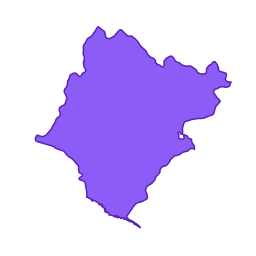 the district of Guayubín, Monte Cristi, Dominican Republic, rotated 196°
{"feature_id": "3306468B33320306044259", "entity_name": "Guayubín", "entity_type": "district", "adm_level": 2, "iso_a3": "DOM", "parent_name": "Dominican Republic", "parent_adm1": "Monte Cristi", "projection": "albers", "projection_center": [-71.302, 19.687], "detail": "fine", "context": "isolated", "style": "filled", "palette": "violet", "viewbox_px": 256, "rotation_deg": 196, "n_neighbors": 0, "source": "geoboundaries", "source_scale": "gbopen_adm2", "svg_char_len": 5511}
<svg xmlns="http://www.w3.org/2000/svg" viewBox="0 0 256 256"><g transform="rotate(196 128 128)"><path d="M62.4,215.6L63.5,215.4L64.4,215.0L64.7,214.5L65.2,213.0L65.6,212.1L67.6,210.2L68.8,206.6L68.8,206.0L68.1,204.0L68.0,203.0L68.2,202.3L68.9,201.6L71.1,200.4L73.7,200.1L76.2,200.4L76.7,200.7L77.8,202.1L78.9,202.9L81.6,203.7L83.1,204.4L84.1,204.7L85.9,204.7L88.7,203.5L91.3,203.3L93.5,203.6L96.4,204.8L100.4,205.1L101.2,205.5L102.4,207.0L103.3,207.8L105.3,208.8L106.2,209.0L107.2,208.7L108.3,207.8L110.0,205.9L110.8,204.6L111.5,202.8L111.7,201.9L110.9,199.2L110.8,197.2L111.3,196.3L112.2,196.1L114.4,197.0L117.3,197.4L118.3,197.7L119.4,198.6L120.5,200.6L121.5,201.5L122.5,201.9L126.1,202.4L129.1,203.9L130.1,204.8L131.0,206.0L131.7,206.7L133.7,207.9L138.6,210.3L142.0,213.4L143.2,214.2L146.2,215.9L149.3,217.2L150.6,217.2L152.7,216.5L153.7,216.5L156.7,217.9L161.1,220.4L162.3,220.4L163.1,219.8L164.0,218.2L166.3,213.2L167.1,212.0L168.7,210.3L170.1,209.1L171.1,208.6L172.2,208.5L173.6,208.8L174.4,209.4L175.0,210.2L175.7,211.8L176.8,213.7L177.5,214.4L179.7,215.1L181.5,216.0L184.7,217.1L185.7,214.6L186.2,212.2L187.1,210.0L187.8,207.2L188.7,205.9L191.1,203.3L191.7,202.3L192.4,198.3L193.3,196.2L193.5,194.7L193.3,193.3L192.4,191.1L191.7,187.2L189.7,184.4L189.2,183.4L189.1,182.2L188.9,179.0L188.7,177.9L187.0,174.5L184.7,172.4L184.5,171.5L184.5,170.8L184.9,169.8L185.3,169.3L186.7,168.2L187.0,167.7L187.5,165.0L188.1,164.3L188.8,164.2L189.3,164.3L192.7,166.1L193.9,166.3L196.0,165.3L198.2,163.0L198.3,158.9L199.0,156.2L198.3,153.8L198.2,151.6L198.5,150.2L199.5,148.0L199.6,146.6L199.4,145.5L199.0,144.8L196.3,141.9L195.4,140.6L195.0,138.7L195.0,135.5L195.2,133.9L195.6,132.9L196.2,132.1L197.9,130.8L199.1,129.0L199.4,127.7L199.1,126.3L197.9,124.5L196.9,123.1L196.7,121.5L197.3,120.2L198.9,118.1L199.4,117.1L199.8,112.4L200.9,109.4L201.4,105.8L204.7,98.9L206.2,97.2L207.8,96.2L209.8,96.0L213.4,96.1L214.3,93.0L214.0,91.9L213.5,90.8L212.7,90.2L211.6,89.9L195.7,89.8L194.0,89.6L191.8,88.6L190.7,88.4L183.7,88.1L182.6,87.7L179.9,85.6L176.9,84.0L173.8,83.2L170.7,81.7L167.7,79.4L165.8,78.4L165.1,77.7L164.6,76.4L164.1,74.4L162.7,71.8L161.9,71.4L159.4,71.0L158.9,70.7L158.7,70.1L158.7,69.5L159.2,68.6L160.7,67.2L161.1,66.3L161.0,65.7L160.6,65.1L159.7,64.9L156.9,64.9L155.8,64.7L155.1,64.4L154.3,63.8L153.8,62.9L149.6,54.3L148.5,50.0L147.7,50.2L146.8,50.0L146.7,49.9L146.2,49.9L146.2,49.7L144.1,49.4L143.8,49.1L143.5,49.1L143.2,49.4L142.8,49.4L142.8,49.1L142.7,49.1L142.8,48.2L142.7,48.1L142.2,48.1L142.1,48.4L141.0,48.7L141.0,48.8L138.7,48.8L138.4,48.4L137.1,48.1L137.1,47.9L137.0,48.1L136.0,48.1L135.8,47.6L135.5,47.4L135.5,47.1L135.2,47.1L134.9,46.7L134.0,46.5L134.0,46.4L133.4,46.4L133.4,46.8L133.2,46.8L133.1,47.3L132.1,47.4L131.8,47.3L131.8,47.1L131.5,47.1L131.1,46.8L131.1,46.2L131.5,46.1L131.5,45.3L130.5,45.3L129.8,44.6L128.9,44.7L128.4,44.1L127.4,44.1L127.1,43.8L127.0,43.0L127.7,43.0L127.7,42.7L127.8,42.7L127.7,42.0L127.2,41.8L126.8,41.2L126.1,40.9L125.2,40.9L125.1,41.2L125.2,41.7L124.9,41.7L124.3,41.1L124.2,41.2L123.4,41.2L122.9,40.8L122.8,40.2L122.2,39.7L122.2,39.4L121.9,39.4L121.9,39.2L121.2,39.2L120.8,39.7L120.2,39.7L119.9,39.7L118.2,39.4L118.1,39.2L118.1,39.4L117.7,39.5L117.4,39.7L117.3,39.4L116.9,39.4L116.8,39.1L115.9,38.9L115.9,39.1L115.6,39.2L115.7,40.3L115.2,40.8L114.7,40.8L114.5,40.6L114.4,39.9L113.8,39.5L113.9,39.4L113.8,38.9L112.9,38.9L112.8,39.1L112.9,39.4L113.4,39.4L113.5,39.7L112.9,40.3L111.9,40.2L111.5,40.0L111.5,39.9L110.8,39.8L110.2,39.2L109.7,39.2L109.4,40.0L109.1,40.0L108.9,40.0L108.2,40.0L107.4,40.3L107.4,40.2L106.9,40.0L107.0,39.7L106.8,39.7L106.6,39.4L105.8,39.4L105.8,39.5L105.5,39.5L103.8,39.7L103.5,39.2L102.2,39.4L102.2,39.2L101.6,39.1L101.7,38.9L101.1,38.9L100.9,39.1L100.4,38.5L99.8,38.5L99.6,38.8L98.9,38.8L97.9,38.9L97.1,38.6L96.6,38.3L96.4,37.9L96.1,37.9L95.5,37.3L93.8,37.3L93.8,37.1L93.5,37.1L92.9,37.0L92.9,36.8L92.5,36.8L92.5,36.7L92.1,36.7L91.2,36.5L91.2,36.3L90.4,36.2L89.6,35.9L89.6,35.7L89.4,35.7L88.4,35.6L89.9,36.6L93.0,38.1L95.4,38.7L97.6,39.6L101.2,40.1L103.4,41.1L104.8,41.5L104.7,43.3L104.4,44.4L103.6,46.2L102.9,49.0L102.0,50.8L101.4,53.6L99.8,57.0L97.9,59.1L95.4,60.4L93.7,61.8L91.0,64.3L90.1,65.7L90.2,66.7L91.2,69.0L93.8,72.4L94.1,73.8L94.1,74.9L93.9,76.4L93.4,77.4L89.9,81.3L88.2,84.7L87.6,89.0L85.2,93.9L85.2,94.9L85.7,96.6L85.7,97.2L84.8,99.5L83.7,100.8L81.7,101.9L80.5,103.1L79.0,106.2L78.3,109.3L76.6,112.7L74.6,114.7L72.7,115.6L71.6,116.4L70.4,117.6L68.9,119.7L64.1,122.4L63.2,124.3L62.0,125.5L60.7,126.0L58.3,125.9L59.2,128.7L60.8,130.3L62.0,131.2L62.6,131.9L63.1,132.7L63.6,134.2L63.9,134.6L64.7,134.9L66.1,134.6L66.6,134.6L67.3,135.1L68.4,136.3L69.0,136.6L70.5,136.9L72.6,136.9L71.3,133.6L71.6,132.7L72.3,132.2L74.5,132.0L75.7,132.2L76.7,132.8L77.0,133.5L77.2,135.4L78.4,136.8L78.5,137.7L78.0,138.2L77.3,138.3L76.5,137.8L75.7,136.9L74.1,136.9L74.3,139.1L75.4,142.0L75.6,143.2L75.7,146.4L75.5,148.7L74.8,149.9L74.0,150.6L72.1,151.5L69.7,153.4L63.2,156.5L60.5,157.2L57.4,158.7L53.1,162.2L51.3,163.2L50.3,164.1L49.7,165.4L49.6,166.5L49.6,171.3L49.4,173.3L47.0,178.1L46.8,179.0L47.1,179.6L47.5,180.0L50.9,181.8L52.2,182.9L53.2,184.0L55.2,185.1L55.8,186.2L55.7,187.9L55.1,189.1L53.7,190.0L50.7,192.6L49.8,193.3L48.7,193.7L45.1,194.1L42.6,195.5L42.2,196.0L42.0,196.6L41.7,200.5L43.1,200.1L44.6,199.9L45.7,200.0L46.9,200.6L47.4,201.1L47.9,202.1L48.0,205.9L48.2,206.6L48.5,207.2L49.1,207.6L49.8,207.7L54.7,207.7L56.4,208.1L57.1,208.8L57.6,210.7L58.5,212.0L60.4,214.1L62.4,215.6Z" fill="#8b5cf6" stroke="#5b21b6" stroke-width="1.5"/></g></svg>